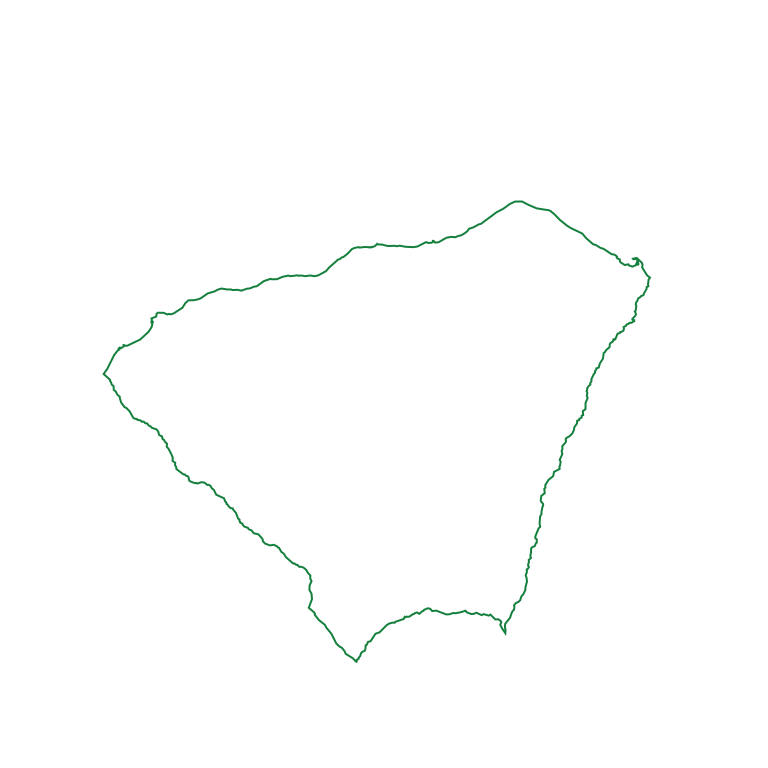 the district of Nossa Senhora Da Conceicao, São Filipe, Cabo Verde, rotated 124°
{"feature_id": "66160863B39753348448887", "entity_name": "Nossa Senhora Da Conceicao", "entity_type": "district", "adm_level": 2, "iso_a3": "CPV", "parent_name": "Cabo Verde", "parent_adm1": "São Filipe", "projection": "albers", "projection_center": [-24.43, 14.881], "detail": "fine", "context": "isolated", "style": "outline", "palette": "green", "viewbox_px": 768, "rotation_deg": 124, "n_neighbors": 0, "source": "geoboundaries", "source_scale": "gbopen_adm2", "svg_char_len": 6154}
<svg xmlns="http://www.w3.org/2000/svg" viewBox="0 0 768 768"><g transform="rotate(124 384 384)"><path d="M532.5,622.0L533.7,613.5L534.7,612.8L535.0,611.7L536.8,609.2L536.9,607.1L540.1,604.6L540.1,602.4L542.0,599.0L542.2,596.1L543.4,595.2L546.3,591.6L548.3,586.1L547.9,584.3L548.9,579.6L552.2,573.1L552.2,571.2L551.2,569.4L551.6,568.4L550.3,565.3L550.7,563.8L549.6,562.1L550.0,559.9L549.1,558.3L550.0,555.9L549.7,553.8L550.1,551.6L548.9,547.8L549.1,546.1L549.7,544.6L552.0,541.9L551.6,538.7L553.5,536.7L553.4,535.0L554.4,533.3L554.8,530.6L557.5,529.0L558.2,526.4L560.9,521.4L563.2,517.9L566.0,516.3L566.0,513.1L568.1,511.9L568.9,510.1L570.6,508.5L571.1,499.8L570.4,498.7L570.7,496.8L570.2,495.2L570.6,493.9L573.0,491.5L573.0,489.7L571.9,485.2L571.0,484.3L570.8,482.9L567.6,480.6L566.1,477.5L566.5,474.1L565.6,473.0L565.5,470.9L566.8,468.3L566.9,466.0L569.6,461.1L568.2,452.7L570.2,450.0L570.3,448.6L571.5,447.5L571.4,446.2L572.3,444.4L572.7,441.7L571.7,439.9L572.5,438.8L573.6,434.7L577.1,429.8L577.2,428.0L578.3,427.4L578.6,426.3L579.3,425.8L579.0,423.3L579.8,422.3L580.3,420.0L579.4,416.4L580.0,414.8L579.5,411.6L580.6,408.6L578.9,404.2L579.8,400.1L580.8,397.5L582.0,396.7L582.8,393.4L581.6,388.3L578.9,385.4L578.4,381.7L578.8,380.6L578.5,379.5L580.6,375.2L580.7,372.2L582.4,368.4L583.6,359.0L582.9,357.9L583.0,355.6L582.3,354.6L583.0,352.0L581.8,350.4L581.2,348.1L581.6,344.6L583.2,341.3L583.9,338.0L586.5,336.4L588.0,333.8L592.5,333.1L596.5,330.6L598.4,326.8L602.6,323.4L611.6,321.2L612.4,314.4L613.0,312.8L614.0,312.4L616.1,305.9L616.7,298.4L618.3,295.4L620.4,288.1L625.7,278.6L626.5,274.9L626.3,271.1L627.5,267.5L629.1,264.8L628.8,256.6L629.8,251.7L629.3,251.5L627.9,252.3L626.0,251.4L625.0,251.9L623.0,251.6L620.0,252.5L618.2,252.2L615.9,250.8L613.5,251.5L611.0,253.1L610.0,252.5L606.6,253.0L604.9,251.3L595.9,251.4L592.3,248.8L582.7,247.0L579.8,245.8L577.1,243.5L576.0,241.7L574.8,241.6L567.8,236.3L565.3,236.6L565.2,235.5L564.3,235.2L562.9,233.0L558.9,231.4L557.5,230.3L556.7,230.3L554.9,228.8L554.8,226.2L550.9,225.2L549.9,224.4L548.8,224.5L545.5,222.3L544.5,220.1L545.3,217.1L542.7,214.0L540.2,203.5L538.3,201.0L535.0,198.4L534.0,196.4L529.8,192.3L526.4,189.7L527.0,187.5L525.9,183.0L524.3,181.0L522.0,179.6L521.0,173.8L519.1,172.7L517.4,167.6L515.7,166.8L516.9,160.1L515.1,157.5L515.2,154.7L516.0,153.5L518.6,153.0L520.7,149.2L522.7,144.1L519.8,145.7L519.0,146.9L516.9,148.5L515.0,149.4L507.3,148.8L502.6,150.1L500.1,150.4L498.7,150.0L496.2,151.0L494.9,152.4L491.9,152.2L489.5,150.7L487.0,150.2L483.4,151.3L480.5,151.0L476.0,151.5L473.3,153.1L467.8,155.0L464.8,157.6L463.5,159.5L459.9,160.4L458.0,162.0L457.0,161.4L454.7,161.5L453.7,163.3L450.4,164.4L449.0,165.6L445.9,164.9L444.8,166.5L441.4,167.9L438.2,170.0L436.5,169.9L434.1,168.4L431.3,169.0L430.0,168.7L427.4,170.5L427.2,172.3L425.8,173.3L417.3,175.1L415.0,174.7L412.8,176.9L406.8,180.4L403.4,180.8L402.3,181.8L397.0,184.0L395.9,184.0L394.5,185.0L393.5,188.3L392.5,189.2L388.7,191.0L384.6,189.7L381.3,192.5L379.7,192.3L377.5,193.8L371.5,194.0L365.8,192.2L361.8,193.9L356.2,190.9L354.3,192.4L353.1,192.5L349.6,194.1L348.7,195.9L342.3,197.0L340.2,199.3L338.1,199.7L335.9,201.4L330.7,200.8L329.4,201.2L328.4,202.4L326.9,202.7L323.8,201.1L319.6,200.2L315.7,200.9L313.2,202.1L308.9,201.9L306.4,203.3L304.8,202.0L303.5,202.6L301.4,201.4L299.7,202.4L298.4,201.5L295.3,204.0L292.2,202.9L287.0,206.3L281.6,207.4L280.5,209.2L277.6,210.5L276.6,212.1L275.5,212.2L274.1,213.1L271.8,213.3L269.0,212.6L268.0,213.5L265.6,213.6L264.0,214.8L258.2,215.6L256.6,215.3L255.4,216.3L253.4,216.1L252.3,216.7L250.3,215.2L246.3,216.5L240.4,216.7L235.5,219.2L233.6,218.6L231.6,218.8L227.4,217.6L224.6,219.1L222.8,219.0L221.1,218.0L218.7,218.7L218.2,218.4L218.3,217.5L217.3,217.3L211.7,218.5L209.9,217.0L208.8,217.2L207.9,216.2L205.9,215.4L204.1,215.9L202.8,217.2L200.5,215.9L199.1,216.2L197.5,215.0L196.1,214.8L195.0,213.2L192.0,211.7L191.2,212.3L191.8,213.9L191.3,214.5L186.7,213.8L185.5,214.1L184.8,214.6L183.5,216.7L182.8,216.4L181.6,216.7L177.9,218.7L177.3,219.8L175.3,220.6L173.4,220.5L170.8,221.1L169.3,220.3L167.5,220.1L165.2,218.6L163.9,219.1L158.4,219.5L156.8,220.4L155.1,219.5L154.0,220.7L149.5,223.0L147.1,222.9L146.8,226.6L143.6,234.0L142.8,235.4L140.8,236.1L139.3,238.0L138.2,245.0L140.9,247.6L141.1,247.0L139.3,244.7L139.5,242.3L142.1,240.9L142.2,240.1L143.0,240.1L143.7,241.2L142.8,242.1L144.8,241.7L147.8,243.7L148.7,247.2L148.1,248.3L150.7,250.9L150.9,255.7L150.5,256.9L148.8,258.3L149.4,260.9L148.8,262.0L148.1,262.1L147.8,263.5L148.1,266.0L149.1,267.7L149.2,277.8L150.1,280.6L150.3,286.1L151.2,288.7L150.1,297.6L148.4,303.8L150.2,315.9L150.4,320.7L149.6,330.0L147.9,338.0L147.5,342.9L147.7,344.3L153.0,355.6L154.7,364.3L155.5,371.6L159.4,377.3L164.1,380.2L172.2,383.2L178.6,386.7L197.0,393.2L198.6,394.6L204.5,397.7L207.7,400.3L210.8,400.4L213.9,401.4L217.8,403.3L219.7,405.2L222.4,406.9L224.4,410.5L227.8,414.0L235.7,417.9L237.1,419.3L238.2,420.7L237.6,422.8L238.0,423.5L238.9,422.8L240.4,423.7L242.4,426.3L242.5,427.6L243.2,428.7L251.2,433.1L254.0,436.0L258.1,442.7L260.5,448.2L262.8,450.7L263.3,452.2L267.5,458.0L269.5,463.6L271.8,467.3L271.6,468.0L274.7,468.6L277.6,470.6L277.6,471.4L279.0,472.3L279.1,473.2L281.5,477.0L284.5,480.4L284.6,481.4L287.4,484.3L290.0,486.0L296.1,487.0L301.5,488.7L302.7,489.8L304.5,490.2L306.8,491.7L318.0,494.6L322.8,495.2L330.8,499.3L333.5,502.0L335.4,506.0L338.5,509.4L340.7,513.9L342.0,515.2L342.2,516.4L346.9,521.8L347.7,524.0L351.7,527.9L357.0,531.4L360.0,535.7L360.2,536.8L365.8,541.1L374.2,544.2L375.9,546.1L379.8,548.7L381.5,550.8L386.4,554.5L387.8,558.0L390.9,562.3L391.2,563.8L393.1,566.5L395.8,572.2L399.2,574.9L401.8,576.1L407.5,580.8L415.5,583.9L417.7,585.5L420.6,588.2L424.0,592.9L427.9,593.9L433.6,593.8L443.2,597.9L445.5,599.7L446.2,601.6L447.4,602.4L448.3,606.6L451.4,611.4L453.2,611.7L455.4,610.6L459.7,613.4L460.1,612.7L461.2,612.2L461.8,610.2L462.8,610.3L463.1,611.0L464.1,609.4L466.8,608.5L472.5,608.4L483.5,611.0L495.7,618.2L497.4,620.3L497.0,621.2L497.4,621.7L498.5,621.0L499.3,621.1L501.6,622.2L501.4,623.3L503.0,623.8L503.6,622.8L505.2,623.5L511.0,623.9L525.8,621.9L532.5,622.0Z" fill="none" stroke="#15803d" stroke-width="2"/></g></svg>